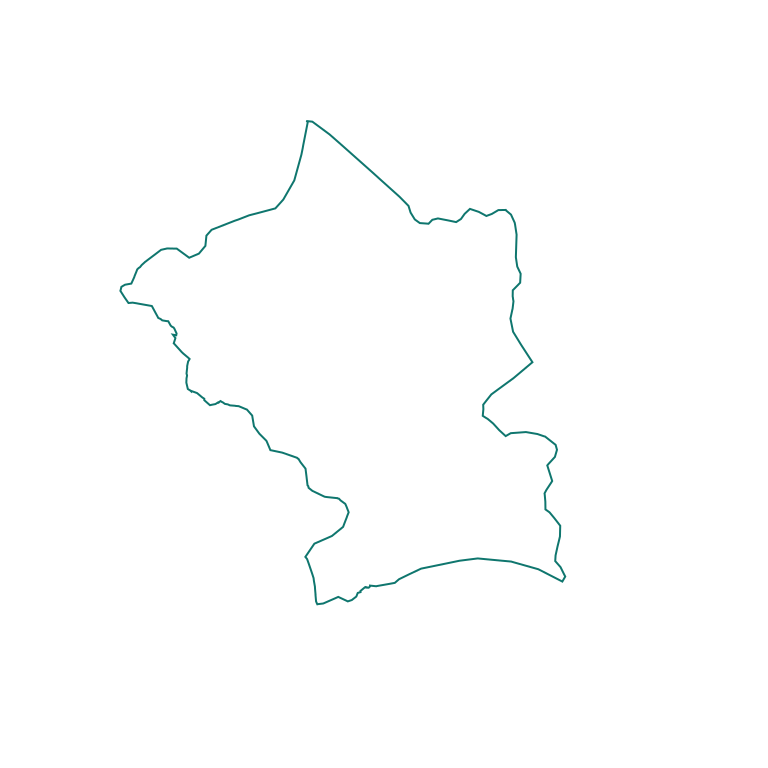 Salala, Bong, Liberia, rotated 40°
{"feature_id": "62588387B82841165757499", "entity_name": "Salala", "entity_type": "district", "adm_level": 2, "iso_a3": "LBR", "parent_name": "Liberia", "parent_adm1": "Bong", "projection": "orthographic", "projection_center": [-9.988, 6.775], "detail": "fine", "context": "isolated", "style": "outline", "palette": "teal", "viewbox_px": 768, "rotation_deg": 40, "n_neighbors": 0, "source": "geoboundaries", "source_scale": "gbopen_adm2", "svg_char_len": 4353}
<svg xmlns="http://www.w3.org/2000/svg" viewBox="0 0 768 768"><g transform="rotate(40 384 384)"><path d="M647.6,420.7L646.6,415.0L643.5,413.7L636.9,410.8L629.0,409.6L625.6,405.0L622.2,398.5L621.4,397.0L619.0,392.1L616.8,387.7L610.1,379.3L600.4,377.2L593.3,375.9L588.3,376.3L583.2,370.4L578.2,365.4L577.3,364.6L576.5,360.8L575.4,351.4L575.2,350.2L561.4,341.4L561.4,339.5L561.8,330.0L558.8,323.2L554.6,320.3L541.2,320.7L540.2,321.2L533.7,323.7L523.6,329.6L519.4,333.7L512.7,340.2L510.7,345.7L501.9,345.3L499.0,344.9L493.0,344.1L485.9,344.1L483.3,344.5L480.1,344.9L478.3,342.3L476.3,339.4L473.3,336.1L473.1,330.7L473.1,330.3L472.9,323.0L474.9,314.7L476.9,306.6L479.5,296.0L483.7,271.9L465.3,266.3L463.1,265.6L453.8,262.5L449.3,261.0L438.8,252.6L434.4,244.3L434.3,244.0L434.2,243.8L430.0,237.4L428.2,235.9L427.7,235.4L426.2,234.1L422.4,229.4L423.0,222.1L423.0,221.8L423.2,218.9L417.8,211.7L410.6,208.4L403.5,202.1L389.6,184.4L381.9,177.6L380.4,176.4L372.4,172.6L368.9,172.6L365.7,172.6L365.4,172.4L359.8,177.3L357.3,184.4L354.4,189.5L352.2,189.9L346.0,191.2L339.1,193.9L337.3,194.6L336.4,201.8L336.9,208.1L335.2,213.6L328.1,217.4L318.9,222.5L316.7,225.5L315.5,227.1L315.4,228.4L315.1,232.6L313.1,234.0L308.0,237.7L302.4,238.1L301.7,238.1L294.2,235.6L288.9,232.2L288.3,231.8L275.7,230.6L249.2,229.7L248.9,229.7L241.3,229.4L199.4,228.2L181.8,227.8L176.8,228.1L160.5,229.1L155.4,232.5L157.1,232.1L168.8,253.3L170.2,255.7L173.3,261.4L184.4,285.7L188.3,307.4L188.1,313.7L187.9,319.3L177.1,334.7L172.3,341.4L166.6,351.8L166.1,352.6L164.7,354.9L163.4,357.3L152.8,376.7L152.6,384.5L158.4,393.0L158.4,398.3L158.4,403.1L153.6,412.5L138.2,413.5L136.4,415.0L130.7,419.6L130.5,419.9L127.0,424.5L126.0,428.9L125.5,431.1L123.1,441.5L122.7,443.4L122.5,443.9L122.5,444.3L122.4,445.0L121.9,448.7L122.0,451.2L121.5,452.9L121.3,454.8L122.2,457.4L123.5,461.5L124.0,462.7L125.9,469.5L121.8,474.4L121.3,475.8L121.0,476.6L120.4,478.4L121.8,481.2L122.2,482.1L129.5,484.4L136.2,486.2L139.1,483.3L142.6,481.2L144.4,480.2L156.0,473.5L157.1,473.9L163.6,476.5L166.7,477.7L168.6,478.5L171.1,477.8L171.6,477.8L173.2,477.8L176.8,475.7L178.4,474.6L183.1,476.4L184.9,476.4L186.4,476.0L187.7,476.3L192.6,478.6L193.5,480.2L190.6,481.9L194.7,482.9L196.8,488.0L197.3,488.0L208.7,489.6L209.3,489.6L210.5,489.7L211.1,489.7L213.3,489.7L217.0,489.7L219.0,489.8L219.2,490.7L219.5,492.7L221.7,496.8L222.2,497.4L222.8,498.1L223.9,499.8L226.0,502.9L226.5,503.3L227.5,503.9L228.2,505.0L229.0,506.5L231.7,510.0L236.9,513.9L237.9,513.8L238.5,513.7L239.5,513.5L240.2,513.6L240.7,513.6L241.3,513.6L241.1,513.1L242.0,512.8L245.8,511.4L246.7,511.1L248.1,511.1L251.6,511.1L252.9,511.1L253.4,511.1L255.8,510.8L256.7,511.9L259.7,512.0L264.1,512.1L264.3,512.1L265.6,510.4L267.8,507.7L268.7,504.8L269.1,504.9L269.4,504.2L269.4,503.2L269.8,502.1L270.9,502.1L272.2,501.7L274.9,501.5L277.5,500.0L279.7,499.4L283.5,496.7L283.9,496.4L284.4,496.2L286.9,494.4L289.1,493.7L294.0,492.2L295.4,491.7L302.6,492.8L303.3,492.9L311.6,500.0L320.5,502.2L327.2,502.8L330.4,503.1L331.9,503.8L339.5,507.7L340.0,507.4L350.1,502.0L350.6,501.8L364.9,496.4L365.7,496.6L366.5,496.3L370.4,497.6L378.3,499.3L383.9,504.5L386.0,506.5L390.6,510.8L391.6,510.9L393.0,512.0L397.3,511.9L397.8,511.9L410.3,508.7L411.2,508.4L413.1,507.2L421.7,501.4L421.8,501.3L422.4,501.3L423.2,500.8L425.5,501.1L430.3,500.8L431.3,500.7L432.2,501.1L434.0,502.0L435.1,502.6L436.5,503.4L438.2,504.3L439.4,505.0L439.7,505.9L439.9,506.5L440.6,508.6L441.4,510.7L442.1,512.8L443.4,516.6L444.5,519.7L444.5,519.8L441.8,533.9L438.8,540.0L438.6,540.4L436.9,543.8L435.3,547.1L435.1,547.4L433.9,549.9L433.6,550.4L433.3,551.1L434.9,567.0L437.5,567.5L437.9,567.7L442.0,570.1L450.6,575.3L453.0,576.8L453.6,577.2L454.3,577.6L455.1,578.2L455.6,578.7L456.9,579.9L458.2,581.0L461.3,583.6L462.8,585.2L463.3,585.7L465.5,587.9L467.0,589.4L467.0,589.5L471.7,594.2L474.0,595.4L474.5,595.6L474.6,595.4L477.9,591.9L478.6,591.1L484.4,579.4L485.8,576.5L494.4,574.2L496.0,573.8L498.2,570.2L499.4,564.7L499.2,563.9L498.2,561.0L498.2,560.9L499.8,558.5L499.0,557.7L500.0,552.3L500.2,551.5L501.3,550.9L501.5,551.2L503.2,549.9L503.4,547.9L502.9,547.4L508.1,543.9L508.4,543.4L516.4,533.9L520.1,529.4L521.0,523.9L525.8,513.1L531.1,501.6L548.3,479.9L555.4,470.9L560.3,465.6L567.9,457.4L587.3,444.0L595.5,438.3L598.0,437.2L621.3,426.7L647.6,420.7Z" fill="none" stroke="#0f766e" stroke-width="2"/></g></svg>